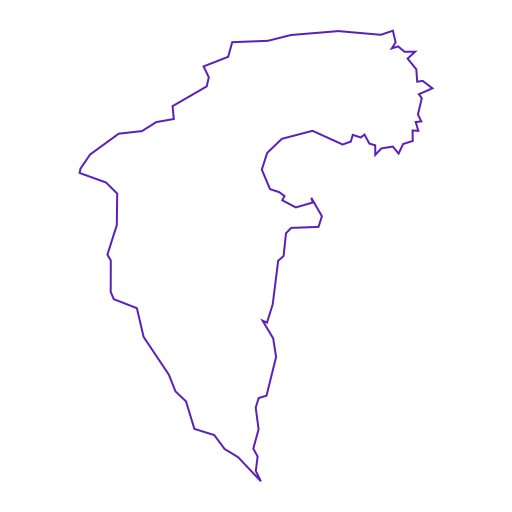 the district of Sopishte, Sopište, North Macedonia
{"feature_id": "65306769B38681121769962", "entity_name": "Sopishte", "entity_type": "district", "adm_level": 2, "iso_a3": "MKD", "parent_name": "North Macedonia", "parent_adm1": "Sopište", "projection": "mercator", "projection_center": [21.357, 41.849], "detail": "fine", "context": "isolated", "style": "outline", "palette": "violet", "viewbox_px": 512, "rotation_deg": 0, "n_neighbors": 0, "source": "geoboundaries", "source_scale": "gbopen_adm2", "svg_char_len": 1242}
<svg xmlns="http://www.w3.org/2000/svg" viewBox="0 0 512 512"><path d="M260.9,481.3L255.8,471.0L257.6,456.5L253.3,448.6L258.6,429.3L255.7,407.6L258.7,398.0L266.5,395.7L276.1,357.0L273.2,338.4L262.6,320.7L267.0,322.6L272.7,304.4L278.2,260.7L283.6,256.0L286.0,233.2L291.2,227.9L318.5,226.9L321.9,216.2L311.3,197.8L312.8,202.5L295.8,207.4L282.3,200.3L284.5,196.0L279.3,192.2L270.0,189.1L261.8,169.6L267.2,152.9L281.9,138.8L312.5,130.8L342.6,144.5L350.8,141.6L352.8,134.9L360.8,137.5L364.5,134.6L369.4,143.6L375.2,145.3L375.3,154.9L381.4,148.4L392.8,146.6L398.6,153.6L403.1,144.0L412.7,141.0L412.6,130.5L418.3,130.8L415.7,122.0L421.3,121.4L417.9,114.4L421.8,98.3L418.9,94.2L432.4,88.3L422.7,80.9L417.2,81.7L416.3,69.3L407.6,58.6L415.1,51.7L404.6,51.8L398.1,46.4L391.8,48.4L395.6,42.4L392.9,30.7L380.8,34.8L338.4,31.1L291.0,35.0L267.9,40.8L232.2,42.2L228.2,56.8L203.6,66.4L208.8,77.3L206.7,86.4L172.6,106.1L173.8,119.0L156.2,122.1L142.0,131.1L118.7,133.7L90.1,154.5L80.5,168.6L79.6,173.0L106.0,182.5L117.2,193.6L116.8,225.1L107.4,254.7L110.8,260.5L110.7,291.9L113.8,299.2L136.9,308.2L143.6,336.9L168.8,374.6L175.5,391.4L186.0,401.4L194.4,428.9L214.3,435.1L224.6,449.0L238.1,457.2L260.9,481.3Z" fill="none" stroke="#5b21b6" stroke-width="2"/></svg>